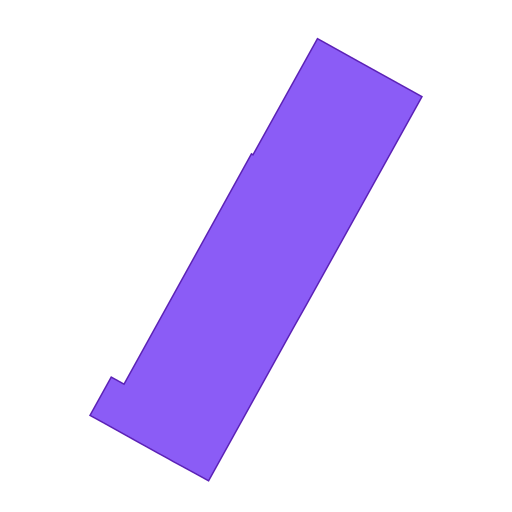 Washington, Oklahoma, United States of America, rotated 209°
{"feature_id": "52423323B53714318951384", "entity_name": "Washington", "entity_type": "district", "adm_level": 2, "iso_a3": "USA", "parent_name": "United States of America", "parent_adm1": "Oklahoma", "projection": "robinson", "projection_center": [-95.895, 36.711], "detail": "fine", "context": "isolated", "style": "filled", "palette": "violet", "viewbox_px": 512, "rotation_deg": 209, "n_neighbors": 0, "source": "geoboundaries", "source_scale": "gbopen_adm2", "svg_char_len": 445}
<svg xmlns="http://www.w3.org/2000/svg" viewBox="0 0 512 512"><g transform="rotate(209 256 256)"><path d="M188.5,36.4L188.5,211.1L188.3,237.1L188.1,463.5L188.1,475.8L239.3,475.8L262.2,475.8L307.6,475.9L307.7,343.0L309.5,343.1L309.4,221.2L309.3,79.9L323.9,79.9L323.9,36.1L310.4,36.2L273.2,36.1L268.7,36.1L267.9,36.1L266.7,36.1L245.8,36.1L234.4,36.2L228.8,36.1L211.6,36.3L188.5,36.4Z" fill="#8b5cf6" stroke="#5b21b6" stroke-width="1.5"/></g></svg>